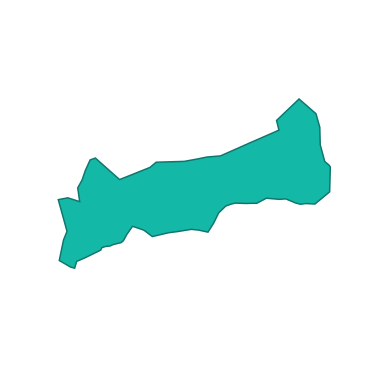 Ede North, Osun, Nigeria (Mercator projection), rotated 318°
{"feature_id": "59680162B47259322211203", "entity_name": "Ede North", "entity_type": "district", "adm_level": 2, "iso_a3": "NGA", "parent_name": "Nigeria", "parent_adm1": "Osun", "projection": "mercator", "projection_center": [4.479, 7.716], "detail": "fine", "context": "isolated", "style": "filled", "palette": "teal", "viewbox_px": 384, "rotation_deg": 318, "n_neighbors": 0, "source": "geoboundaries", "source_scale": "gbopen_adm2", "svg_char_len": 973}
<svg xmlns="http://www.w3.org/2000/svg" viewBox="0 0 384 384"><g transform="rotate(318 192 192)"><path d="M275.3,283.2L294.4,284.0L311.6,265.9L311.8,263.8L311.1,258.1L318.9,242.7L330.3,229.4L336.5,216.8L333.8,194.5L302.7,195.4L298.0,204.2L269.4,194.7L237.3,184.2L226.5,176.0L218.0,171.0L206.8,164.1L185.3,145.9L177.2,145.6L146.5,134.3L142.9,102.1L137.8,100.0L127.2,104.6L118.4,109.5L109.8,112.5L102.1,124.0L95.8,113.2L87.5,108.2L72.8,137.6L64.4,141.7L47.5,154.1L51.5,166.5L53.8,170.1L59.9,166.4L67.8,169.1L85.3,174.1L87.7,173.0L91.2,174.6L95.0,177.3L98.4,178.4L105.5,182.2L108.4,182.3L115.3,179.9L124.8,177.7L126.6,180.7L130.5,187.8L131.0,189.6L132.7,198.6L145.0,205.3L147.6,206.8L155.0,211.9L166.5,219.3L171.4,224.7L177.0,232.5L187.1,229.7L197.8,225.4L207.6,225.0L213.2,227.3L216.7,229.2L224.6,236.8L227.8,239.5L232.5,243.7L243.1,246.4L251.9,255.8L257.1,259.9L261.5,269.2L264.3,273.6L268.8,276.7L275.3,283.2Z" fill="#14b8a6" stroke="#0f766e" stroke-width="1.5"/></g></svg>